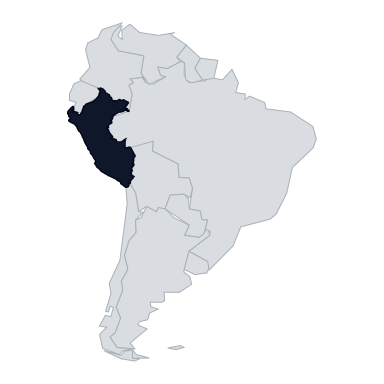 Peru on a map of South America (Albers equal-area conic projection)
{"feature_id": "PER", "entity_name": "Peru", "entity_type": "country or territory", "adm_level": 0, "iso_a3": "PER", "parent_name": "South America", "parent_adm1": "", "projection": "albers", "projection_center": [-73.974, -9.194], "detail": "fine", "context": "in_parent", "style": "filled", "palette": "ink", "viewbox_px": 384, "rotation_deg": 0, "n_neighbors": 12, "source": "natural_earth", "source_scale": "50m", "svg_char_len": 9603}
<svg xmlns="http://www.w3.org/2000/svg" viewBox="0 0 384 384"><path d="M132.5,350.1L136.6,354.7L149.2,358.0L132.4,358.3L132.5,350.1ZM189.0,251.2L183.7,272.0L189.8,276.4L191.6,284.2L179.3,292.3L164.1,292.2L164.7,300.8L161.8,302.3L150.3,302.2L150.8,306.7L158.1,309.1L149.7,313.0L147.7,319.7L139.3,321.7L137.9,324.9L147.1,329.0L130.2,342.8L134.8,349.0L117.0,347.6L109.9,337.0L115.1,332.7L120.5,318.2L116.1,307.0L122.7,290.1L121.3,281.1L127.8,269.3L124.4,255.2L129.0,240.5L135.9,232.6L135.5,220.2L141.1,217.7L146.7,206.3L156.3,211.6L158.4,207.4L164.2,207.8L174.1,217.9L189.4,225.2L184.7,235.2L199.3,237.2L207.8,228.1L209.8,235.4L189.0,251.2Z" fill="#d9dde1" stroke="#a8b0b8" stroke-width="1"/><path d="M132.5,350.1L132.4,358.3L140.2,358.5L134.6,361.0L121.2,358.8L104.0,350.7L120.8,355.3L124.8,351.1L132.5,350.1ZM130.0,183.2L135.8,193.1L138.7,211.6L142.9,212.3L135.5,220.2L135.9,232.6L129.0,240.5L124.4,255.2L127.8,269.3L121.3,281.1L122.7,290.1L116.1,307.0L120.5,318.2L115.1,332.7L109.9,337.0L117.0,347.6L132.8,348.8L122.0,351.0L119.3,354.5L102.7,348.5L99.5,334.4L106.6,327.3L99.3,326.1L105.5,315.2L110.8,316.7L113.4,307.6L110.1,306.4L108.6,311.9L105.6,311.3L111.0,293.3L109.2,283.4L119.9,260.4L127.2,203.6L125.9,187.3L130.0,183.2Z" fill="#d9dde1" stroke="#a8b0b8" stroke-width="1"/><path d="M167.7,348.0L180.3,345.6L184.0,347.5L176.1,349.6L167.7,348.0Z" fill="#d9dde1" stroke="#a8b0b8" stroke-width="1"/><path d="M189.0,251.2L207.6,261.4L210.3,264.9L206.9,272.9L194.9,274.6L184.2,269.4L189.0,251.2Z" fill="#d9dde1" stroke="#a8b0b8" stroke-width="1"/><path d="M209.2,270.0L207.6,261.4L189.0,251.2L209.8,235.4L210.1,231.3L205.2,229.0L207.4,220.1L201.8,219.5L200.2,211.0L189.3,209.0L192.5,188.3L189.1,178.0L179.1,177.4L177.8,163.9L152.5,151.1L153.0,141.3L137.4,147.8L125.4,147.6L125.8,139.4L116.8,142.4L111.2,139.1L107.2,128.6L113.1,116.4L129.2,111.2L132.0,94.1L128.9,85.1L133.3,82.8L130.0,78.8L142.5,77.3L145.0,82.2L153.3,84.2L165.4,76.9L160.5,75.2L157.7,66.9L167.1,68.6L180.4,61.5L184.5,62.7L184.1,74.6L188.9,82.5L205.7,80.6L206.0,76.9L222.5,79.8L232.0,69.4L238.5,82.9L235.6,92.5L245.2,94.0L245.0,99.4L249.4,96.1L264.8,102.6L266.0,108.8L290.7,112.0L313.0,126.6L316.3,139.0L313.2,147.7L292.3,167.7L286.7,193.3L276.1,214.1L270.3,219.1L240.8,226.8L233.1,245.9L209.2,270.0Z" fill="#d9dde1" stroke="#a8b0b8" stroke-width="1"/><path d="M130.8,147.4L153.0,141.3L152.5,151.1L177.8,163.9L179.1,177.4L189.1,178.0L192.5,188.3L190.2,197.8L183.9,194.2L170.1,195.2L165.0,208.9L158.4,207.4L156.3,211.6L146.7,206.3L138.7,211.6L135.8,193.1L130.0,183.2L135.2,156.2L130.8,147.4Z" fill="#d9dde1" stroke="#a8b0b8" stroke-width="1"/><path d="M146.1,81.5L142.5,77.3L130.0,78.8L133.3,82.8L128.9,85.1L132.0,94.1L129.2,111.2L125.0,108.1L128.5,102.7L112.2,100.3L101.1,88.2L88.5,85.8L79.8,79.0L89.9,67.4L85.6,49.7L87.8,42.9L97.8,38.0L102.1,29.6L121.8,23.0L111.0,39.5L118.5,50.8L144.0,55.8L141.1,73.1L146.1,81.5Z" fill="#d9dde1" stroke="#a8b0b8" stroke-width="1"/><path d="M180.4,61.5L167.1,68.6L157.7,66.9L160.5,75.2L165.4,76.9L149.0,84.4L141.1,73.1L144.0,55.8L118.5,50.8L111.0,39.5L113.3,32.8L118.5,26.9L122.1,26.1L117.9,35.9L122.4,39.7L121.7,30.2L130.0,24.2L139.7,32.5L158.1,35.4L175.0,32.6L170.2,34.0L186.4,45.1L176.8,57.4L180.4,61.5Z" fill="#d9dde1" stroke="#a8b0b8" stroke-width="1"/><path d="M202.7,80.0L191.6,82.9L185.7,79.9L184.5,62.7L176.8,57.4L186.4,45.1L200.4,58.3L195.0,68.1L202.7,80.0Z" fill="#d9dde1" stroke="#a8b0b8" stroke-width="1"/><path d="M213.8,78.4L202.7,80.0L197.2,72.1L195.0,68.1L200.4,58.3L217.9,60.3L213.8,78.4Z" fill="#d9dde1" stroke="#a8b0b8" stroke-width="1"/><path d="M99.7,88.7L98.8,96.3L86.4,104.2L82.2,112.6L72.5,112.1L75.9,102.4L69.4,100.3L69.5,93.9L73.9,84.0L80.6,80.6L99.7,88.7Z" fill="#d9dde1" stroke="#a8b0b8" stroke-width="1"/><path d="M188.6,198.8L189.3,209.0L200.2,211.0L201.8,219.5L207.4,220.1L204.1,233.5L199.3,237.2L184.7,235.2L189.4,225.2L165.0,208.9L170.1,195.2L183.9,194.2L188.6,198.8Z" fill="#d9dde1" stroke="#a8b0b8" stroke-width="1"/><path d="M128.9,110.8L128.8,111.2L128.7,111.3L128.4,111.4L128.0,111.1L127.7,111.2L127.4,111.2L127.0,110.9L126.8,110.6L126.5,110.4L125.8,110.4L125.3,110.4L124.8,110.4L124.4,110.5L124.0,110.8L123.7,111.1L123.4,111.4L122.5,111.6L122.0,111.6L121.6,111.8L120.9,111.9L120.5,112.0L118.7,112.2L118.0,112.6L117.5,113.0L116.5,113.5L116.0,113.7L115.4,114.3L114.6,114.9L114.1,115.2L113.4,115.4L113.1,115.5L113.1,116.0L112.7,117.6L112.6,118.3L112.1,119.2L111.6,119.9L111.4,120.5L111.2,120.8L111.4,121.1L111.8,122.2L111.8,122.5L111.8,122.8L111.5,123.2L111.2,123.4L110.8,123.4L109.8,124.0L108.8,124.8L108.4,125.2L108.2,126.2L108.3,126.5L108.6,127.2L108.6,127.4L108.5,127.6L107.9,127.6L107.7,127.8L107.5,127.7L107.3,127.8L107.3,128.0L107.4,128.5L107.1,128.8L107.7,129.3L108.1,129.7L108.4,129.8L108.6,130.0L108.6,130.5L108.4,130.6L108.3,130.8L108.8,131.3L109.0,131.6L109.2,132.0L109.4,132.5L109.5,132.8L109.5,133.0L110.3,133.7L110.5,133.8L110.6,134.0L110.6,134.3L110.9,134.7L111.4,135.1L112.6,136.6L112.6,137.3L111.3,138.8L112.4,138.8L113.4,138.8L114.5,139.1L115.3,139.3L115.7,139.4L116.1,139.7L116.3,140.4L116.4,140.8L116.8,141.2L116.8,142.1L119.8,142.1L121.2,142.0L121.8,141.9L122.4,141.3L122.8,141.1L123.2,140.8L123.7,140.3L124.0,140.1L124.3,139.8L124.8,139.5L125.0,139.3L125.5,139.1L125.3,139.4L125.2,139.6L125.2,140.1L125.3,140.5L125.2,140.9L125.0,141.2L124.9,147.6L125.1,147.4L125.5,147.3L125.9,147.7L126.2,147.9L126.5,147.9L127.1,147.8L127.9,147.5L128.5,147.2L129.1,147.2L130.0,147.4L130.5,147.4L135.1,155.8L134.7,156.4L134.7,156.8L134.4,157.1L134.1,157.2L133.8,157.6L133.5,157.9L133.5,160.6L133.5,161.2L133.3,161.8L133.0,162.2L133.2,162.8L133.5,163.8L133.7,164.0L133.9,164.5L134.0,164.9L133.9,165.0L133.5,165.2L133.3,165.4L133.2,166.0L132.7,166.5L132.2,167.0L131.8,168.0L131.4,168.2L131.3,168.7L131.3,169.1L131.5,169.6L132.3,170.4L132.3,170.6L131.9,171.1L131.6,171.5L131.0,172.6L131.0,172.8L131.2,173.3L132.0,175.6L132.5,176.0L132.9,175.9L133.6,176.2L133.9,176.5L134.0,176.6L133.9,176.7L133.1,177.1L133.0,177.3L132.9,177.7L133.0,178.2L132.8,178.4L132.4,178.6L132.1,178.9L131.7,179.4L131.1,180.1L130.9,180.4L130.8,180.6L130.5,180.7L129.8,181.2L129.7,181.5L129.8,181.7L130.2,181.9L130.4,182.2L130.4,182.6L130.4,182.9L130.0,183.2L129.5,183.6L128.9,183.7L128.6,183.9L128.7,184.3L128.9,185.0L128.9,185.4L128.7,186.0L128.2,186.6L127.5,187.0L126.9,187.2L126.4,187.2L125.9,187.3L125.7,187.3L125.3,186.9L123.6,185.7L123.0,185.1L122.4,184.8L120.9,183.7L120.8,183.4L120.6,182.3L120.4,182.0L119.9,181.6L118.7,181.1L118.2,180.8L117.7,180.4L117.0,180.0L116.1,179.3L115.7,178.8L115.1,178.4L113.4,177.9L112.6,177.4L111.0,176.7L110.3,176.2L108.6,175.7L108.1,175.4L106.4,174.1L105.2,173.7L104.3,173.0L101.4,171.4L100.9,170.9L100.5,170.2L99.9,169.7L99.1,168.7L98.1,168.0L97.0,167.2L96.7,166.5L96.0,165.5L95.8,165.0L95.2,164.5L95.1,163.5L94.7,163.1L95.0,162.8L95.3,162.7L95.7,161.2L95.5,160.4L94.4,159.0L94.0,158.3L93.7,157.4L93.3,156.9L92.6,155.8L92.2,154.9L91.4,154.2L91.2,153.9L91.0,153.6L90.5,153.3L90.5,152.6L90.2,151.2L89.7,150.5L88.0,149.1L87.9,148.6L87.8,147.7L87.4,146.7L85.5,143.6L85.0,142.7L84.5,141.1L84.0,140.3L83.6,138.8L82.8,137.6L82.4,136.6L81.9,135.4L81.8,134.7L80.9,133.5L80.5,132.5L79.6,131.6L78.8,131.0L78.5,130.5L77.3,128.2L77.2,127.6L76.4,126.3L75.6,125.5L75.1,124.7L74.5,124.1L70.7,122.2L69.4,121.4L68.9,121.0L68.7,120.4L68.8,120.0L69.1,119.7L69.7,119.9L70.0,119.8L70.3,119.3L70.2,118.7L69.9,117.8L68.7,116.2L68.7,115.8L69.0,115.4L68.5,114.6L68.0,114.0L67.7,113.5L67.9,111.6L68.2,111.1L70.0,109.2L70.5,108.3L71.3,107.8L72.1,107.0L73.0,106.4L73.3,106.6L73.3,107.0L73.5,107.2L73.5,107.4L73.6,107.6L73.6,108.2L73.6,108.3L73.6,108.6L73.8,109.1L73.4,109.5L73.2,109.8L72.9,109.8L72.5,109.6L72.2,109.8L72.1,110.1L72.2,110.4L72.2,110.7L72.4,110.9L72.9,110.9L72.2,111.9L72.3,112.1L72.6,112.3L72.8,112.3L73.3,112.0L73.8,111.4L74.1,111.3L74.5,111.5L75.1,111.8L75.7,112.1L76.0,112.3L76.8,112.2L77.5,112.6L77.6,113.3L77.8,113.8L78.5,114.7L78.8,114.8L79.3,114.8L79.9,115.0L80.1,114.9L80.4,114.4L80.7,114.3L80.7,114.1L80.7,113.8L80.8,113.5L81.0,113.2L81.9,112.7L82.1,112.1L82.1,111.9L81.9,111.7L82.0,111.4L82.4,110.5L82.6,109.5L82.9,109.3L83.0,108.7L83.3,108.4L83.3,108.0L83.4,107.8L83.4,107.4L83.7,106.5L83.7,106.3L83.8,106.3L84.0,106.3L84.2,106.5L84.3,106.7L84.3,106.8L84.5,106.8L84.7,106.7L84.5,106.3L84.5,106.2L85.9,104.4L86.3,104.0L89.0,103.1L92.7,101.7L95.8,99.4L98.2,96.5L98.6,96.1L99.5,92.9L99.8,93.1L100.2,93.1L100.4,93.0L100.2,91.7L100.2,91.4L100.3,91.0L100.3,90.9L99.9,90.6L99.4,90.1L99.2,89.6L99.0,89.2L98.3,88.7L98.5,88.5L99.1,88.7L99.8,88.6L100.1,88.5L100.5,88.1L100.9,88.1L101.7,88.7L102.0,88.9L102.3,88.9L102.6,89.0L102.8,88.9L103.0,89.5L103.4,89.7L103.8,89.9L104.6,90.6L104.9,91.0L105.1,91.6L105.2,92.0L105.4,92.2L105.3,92.4L105.6,92.9L105.8,93.1L106.2,93.2L106.8,93.4L107.2,93.8L107.5,93.9L107.9,94.3L108.2,94.4L108.6,94.4L109.0,94.6L109.3,94.9L109.4,95.4L109.7,95.7L109.9,96.1L109.7,96.7L109.9,97.0L110.2,97.2L110.7,97.5L111.1,97.4L111.3,97.5L111.5,97.7L111.9,99.1L111.7,99.5L111.6,99.8L111.7,100.1L112.6,100.5L112.9,100.8L113.2,100.8L113.6,100.8L114.1,100.8L114.4,100.6L114.6,100.5L115.8,101.0L116.3,100.9L116.8,100.8L117.2,100.7L117.7,100.4L118.1,100.4L118.3,100.2L119.0,99.6L119.3,99.5L120.4,99.9L120.7,100.2L121.0,100.3L121.2,100.5L121.8,100.5L122.3,100.4L122.8,100.0L123.6,99.8L123.8,99.9L125.0,100.6L125.3,100.9L125.7,101.0L126.0,101.2L126.5,101.4L126.8,101.6L127.2,101.7L127.5,102.0L127.9,102.2L128.3,102.3L128.4,102.5L128.4,102.8L124.7,108.3L124.9,108.4L125.8,108.8L126.1,108.8L126.4,108.7L126.7,108.6L126.9,108.5L127.4,108.9L127.6,109.5L127.8,109.8L128.2,110.1L128.6,110.4L128.9,110.8Z" fill="#0f172a" stroke="#020617" stroke-width="1.5"/></svg>